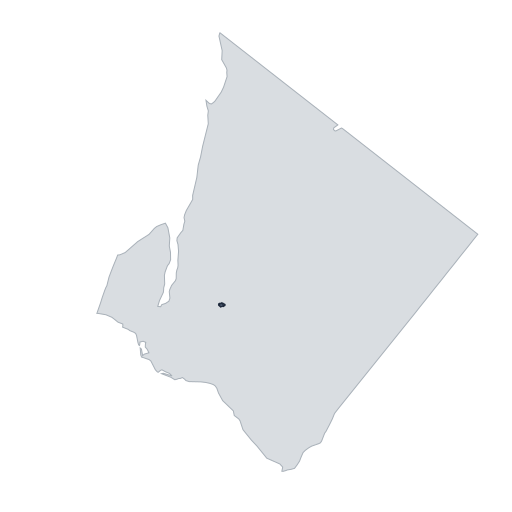 Markz Al Idwa, Al Minya, Egypt (highlighted), rotated 218°
{"feature_id": "37247803B26025252880900", "entity_name": "Markz Al Idwa", "entity_type": "district", "adm_level": 2, "iso_a3": "EGY", "parent_name": "Egypt", "parent_adm1": "Al Minya", "projection": "robinson", "projection_center": [30.744, 28.697], "detail": "fine", "context": "in_parent", "style": "filled", "palette": "slate", "viewbox_px": 512, "rotation_deg": 218, "n_neighbors": 0, "source": "geoboundaries", "source_scale": "gbopen_adm2", "svg_char_len": 4310}
<svg xmlns="http://www.w3.org/2000/svg" viewBox="0 0 512 512"><g transform="rotate(218 256 256)"><path d="M421.8,409.7L412.7,409.7L403.7,409.7L394.7,409.7L385.7,409.7L376.6,409.7L367.6,409.7L358.6,409.7L349.5,409.7L340.5,409.7L331.5,409.7L322.5,409.7L313.4,409.7L304.4,409.7L295.4,409.7L286.4,409.7L277.3,409.7L272.2,409.7L273.0,406.9L273.6,404.9L273.0,403.5L271.2,403.1L270.1,403.6L267.4,409.5L266.0,409.7L262.8,409.7L252.3,409.7L241.7,409.7L231.2,409.7L220.7,409.7L210.2,409.7L199.7,409.7L189.2,409.7L178.7,409.7L168.2,409.7L157.7,409.7L147.1,409.7L136.6,409.7L126.1,409.7L115.6,409.7L105.1,409.7L94.6,409.7L94.7,402.6L94.7,395.4L94.8,388.3L94.9,381.1L94.9,374.0L95.0,366.8L95.1,359.7L95.1,352.5L95.2,345.4L95.3,338.2L95.3,331.1L95.4,323.9L95.5,316.8L95.5,309.6L95.6,302.5L95.7,295.3L95.8,288.2L95.9,281.0L96.0,273.9L96.1,266.8L96.2,259.6L96.3,252.5L96.4,245.3L96.5,238.2L96.6,231.0L96.7,223.9L96.8,216.7L96.9,209.6L97.0,202.4L97.1,195.3L97.2,188.1L97.2,181.0L97.0,179.6L95.6,174.8L94.3,168.6L92.9,161.0L92.8,158.6L90.4,150.7L90.2,148.5L90.9,147.0L95.1,140.4L96.4,137.2L97.5,133.3L97.9,130.2L96.7,125.4L95.4,121.2L95.0,116.8L94.9,112.4L97.0,109.5L99.6,106.7L100.5,105.1L102.0,103.1L103.1,102.3L105.0,106.1L109.2,106.8L123.0,103.3L138.1,106.8L146.4,108.1L159.3,111.1L167.1,116.3L169.2,117.0L174.9,116.9L178.5,120.0L193.2,121.5L201.1,124.9L205.5,127.7L208.2,128.5L210.5,128.4L213.8,127.3L217.8,125.4L222.2,122.7L231.3,115.9L234.5,114.7L236.6,115.0L239.2,114.9L240.2,113.0L241.6,111.7L242.4,110.3L243.8,108.5L248.5,108.0L258.0,105.1L256.9,106.5L248.3,109.8L252.0,110.2L255.8,109.1L260.1,108.4L260.9,106.9L261.4,104.3L262.3,103.9L265.3,104.4L274.1,108.5L276.3,108.6L282.6,106.4L283.9,105.9L285.9,107.1L290.6,112.2L289.0,112.1L284.0,107.7L283.6,109.9L280.8,113.8L284.3,115.5L287.2,116.1L288.7,118.2L289.7,120.1L292.5,119.3L294.5,116.7L293.5,115.3L292.7,113.8L293.7,113.7L295.6,115.0L301.3,119.9L303.2,120.9L305.4,120.7L309.9,119.4L311.2,119.6L317.3,117.8L318.0,119.1L319.1,120.4L324.0,118.9L331.7,119.0L338.1,117.3L345.4,113.4L346.0,112.8L346.4,113.8L347.3,116.5L349.6,123.3L351.6,128.6L354.1,136.0L354.9,138.8L355.2,140.7L358.8,148.8L360.9,155.5L362.5,160.9L364.7,168.8L365.6,171.6L364.1,173.0L361.2,178.2L358.1,194.5L353.6,207.2L353.1,215.2L352.4,218.1L350.2,222.1L347.6,226.1L342.8,224.0L335.0,217.1L330.5,210.5L325.6,206.2L321.0,200.5L319.8,196.5L319.8,193.8L317.8,187.5L316.3,184.4L310.7,177.7L309.1,174.0L307.9,172.4L306.6,170.2L304.6,161.4L302.4,155.8L299.9,157.3L300.3,159.7L298.1,162.9L296.8,166.7L297.9,169.8L302.4,174.5L303.3,176.5L304.4,181.0L304.3,187.0L305.0,189.1L308.4,193.6L309.7,196.2L310.4,198.5L311.6,200.6L314.9,204.5L319.9,212.0L324.5,217.0L327.8,219.4L329.3,221.8L329.6,228.1L329.4,231.1L332.4,236.7L333.5,239.6L336.3,241.9L337.6,244.5L338.9,248.9L340.7,261.6L343.2,264.7L351.0,281.5L357.5,292.1L360.7,300.0L365.6,309.6L375.0,330.8L380.7,337.3L382.9,341.0L386.9,343.8L391.3,347.9L387.2,347.5L386.1,347.7L384.7,348.4L384.0,350.9L383.7,352.9L384.3,363.7L385.5,369.1L389.2,379.5L392.0,382.6L393.3,384.6L395.2,386.0L403.9,389.6L409.1,397.0L420.6,406.5L421.7,409.1L421.8,409.7Z" fill="#d9dde1" stroke="#a8b0b8" stroke-width="1"/><path d="M253.0,194.2L252.5,194.2L252.5,194.3L252.4,194.5L252.4,194.9L252.2,195.0L251.9,195.2L251.9,195.3L251.8,195.5L251.7,195.5L251.6,195.8L251.5,196.0L251.4,196.1L251.4,196.3L251.3,196.5L251.2,196.4L250.9,196.2L250.7,196.2L250.6,196.3L250.5,196.5L250.6,196.8L250.6,197.0L250.6,197.3L250.4,197.6L250.2,197.8L250.3,198.1L250.3,198.3L250.5,198.5L250.8,198.6L251.0,198.5L251.3,198.5L251.4,198.4L251.5,198.4L251.8,198.4L252.0,198.3L252.2,198.2L252.3,198.2L252.5,198.2L252.5,198.3L252.8,198.3L253.0,198.3L253.1,198.2L253.1,197.9L253.0,197.7L252.9,197.6L252.9,197.4L253.0,197.4L253.3,197.4L253.4,197.5L253.5,197.7L253.6,197.8L253.8,197.9L253.8,198.0L254.0,198.0L254.0,197.8L254.1,197.6L254.2,197.4L254.1,197.2L254.3,197.1L254.3,196.9L254.2,196.9L254.3,196.8L254.5,196.8L254.7,196.7L254.8,196.5L254.7,196.4L254.8,196.3L255.0,196.3L255.3,196.4L255.7,195.6L255.8,195.3L255.7,195.1L255.6,194.9L255.3,194.8L255.2,194.8L255.0,194.7L255.0,194.4L254.9,194.3L254.7,194.4L254.7,194.5L254.5,194.9L254.4,194.8L254.4,194.6L254.2,194.4L254.1,194.5L254.0,194.4L253.8,194.4L253.5,194.3L253.4,194.2L253.2,194.2L253.0,194.2Z" fill="#64748b" stroke="#1e293b" stroke-width="1.5"/></g></svg>